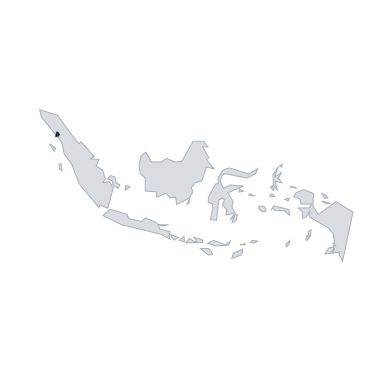 Kota Subulussalam, Aceh, Indonesia shown in context, rotated 8°
{"feature_id": "22746128B20185680371825", "entity_name": "Kota Subulussalam", "entity_type": "district", "adm_level": 2, "iso_a3": "IDN", "parent_name": "Indonesia", "parent_adm1": "Aceh", "projection": "orthographic", "projection_center": [97.94, 2.756], "detail": "fine", "context": "in_parent", "style": "filled", "palette": "slate", "viewbox_px": 384, "rotation_deg": 8, "n_neighbors": 0, "source": "geoboundaries", "source_scale": "gbopen_adm2", "svg_char_len": 4525}
<svg xmlns="http://www.w3.org/2000/svg" viewBox="0 0 384 384"><g transform="rotate(8 192 192)"><path d="M140.9,158.9L147.6,167.8L157.4,166.6L162.4,162.3L171.1,164.7L177.7,162.9L186.0,141.5L196.4,140.2L201.5,145.1L196.2,145.7L203.8,155.7L201.8,158.0L210.6,166.0L202.8,165.2L200.2,179.8L194.2,182.0L190.7,187.8L192.8,191.7L190.4,198.2L178.7,206.4L176.3,199.2L171.5,201.0L166.5,197.0L157.6,201.9L156.5,196.8L145.6,197.5L143.6,184.5L138.1,180.9L135.7,171.9L136.7,163.0L140.9,158.9ZM29.8,131.8L47.8,134.6L70.8,158.0L73.7,159.9L74.9,157.5L90.3,170.5L86.6,173.3L95.2,172.7L93.4,179.4L100.5,183.0L104.3,191.1L102.7,195.0L108.5,193.3L113.4,198.9L110.9,219.8L102.5,217.6L102.1,220.5L79.0,199.5L69.2,181.4L60.3,172.3L55.9,160.6L32.5,138.8L29.8,131.8ZM354.2,189.5L350.7,239.5L345.9,232.7L346.7,230.6L339.4,233.3L341.0,228.3L339.3,225.8L340.0,225.4L341.1,225.6L341.8,225.3L338.6,223.4L340.2,222.8L337.8,213.8L331.8,208.5L312.0,200.5L311.4,194.6L308.4,201.3L305.2,202.6L304.4,196.7L299.5,193.0L310.6,191.4L312.1,187.3L301.8,188.7L299.5,183.5L293.5,182.6L295.2,178.2L302.5,174.1L312.6,176.7L313.7,188.8L320.1,196.8L335.9,181.6L354.2,189.5ZM252.4,165.0L244.6,170.5L222.1,169.3L219.3,171.4L218.4,177.8L222.7,184.0L229.2,179.7L242.3,179.0L227.5,187.8L234.1,195.7L233.6,201.2L237.8,207.0L228.7,210.1L229.1,204.9L224.0,200.6L225.3,194.6L222.4,194.1L219.6,196.3L220.2,216.6L214.0,216.9L214.8,204.8L213.8,200.8L209.5,199.9L209.0,194.7L214.4,180.6L216.8,180.2L215.9,174.2L219.8,165.9L225.6,163.0L245.8,166.3L253.9,159.6L252.4,165.0ZM113.4,220.5L130.6,223.2L133.1,227.1L146.3,228.2L149.5,224.1L162.1,227.8L165.5,233.4L175.8,234.2L175.4,238.9L176.8,241.7L167.1,238.1L127.2,234.3L107.1,227.6L113.4,220.5ZM271.9,165.6L278.2,159.8L275.4,166.4L279.7,170.3L272.9,169.9L276.5,179.0L271.6,174.1L269.8,163.4L273.8,155.1L271.9,165.6ZM274.8,194.3L290.4,195.9L291.7,201.5L285.6,197.6L276.8,198.8L274.2,196.6L272.6,199.3L274.8,194.3ZM235.6,239.4L223.2,242.1L214.6,240.5L220.5,236.9L232.4,239.6L236.8,235.5L235.6,239.4ZM200.1,236.6L208.5,237.6L209.8,240.4L192.8,243.2L195.8,238.3L201.4,241.0L203.4,239.9L200.1,236.6ZM250.2,241.6L250.1,247.1L240.7,252.2L241.5,246.9L250.2,241.6ZM113.5,187.8L115.9,193.9L119.4,194.7L118.2,198.6L113.1,196.7L111.5,191.8L106.5,190.7L109.0,187.1L113.5,187.8ZM337.4,233.7L332.1,234.8L335.2,228.4L339.3,226.9L340.4,229.2L337.4,233.7ZM215.8,245.6L219.5,248.2L221.0,251.1L217.1,252.2L208.2,246.9L215.8,245.6ZM265.7,196.3L268.1,200.4L264.3,202.0L260.1,199.0L260.4,196.6L265.7,196.3ZM176.1,237.1L185.1,238.8L180.9,242.2L176.1,237.1ZM190.3,237.2L191.4,242.3L186.1,241.7L190.3,237.2ZM130.1,195.6L125.5,199.6L125.9,194.6L130.1,195.6ZM315.1,212.8L315.6,219.4L313.9,219.8L312.7,215.0L315.1,212.8ZM173.5,227.9L166.4,230.0L163.5,228.9L173.5,227.9ZM240.0,208.2L239.8,214.2L235.9,216.9L237.6,208.8L240.0,208.2ZM44.1,164.0L50.7,167.5L49.9,170.7L44.1,164.0ZM60.3,188.8L57.7,187.5L56.5,182.6L58.5,182.4L60.3,188.8ZM293.3,233.2L292.3,230.8L295.8,226.4L295.4,230.3L293.3,233.2ZM289.4,172.3L295.8,173.8L288.6,173.4L289.4,172.3ZM249.1,185.7L255.3,187.2L248.5,187.2L249.1,185.7ZM236.9,211.2L233.4,214.3L236.6,208.8L236.9,211.2ZM321.3,175.7L324.5,176.2L327.4,178.9L324.6,179.7L321.3,175.7ZM263.7,231.5L261.3,233.7L256.7,234.1L258.1,231.6L263.7,231.5ZM314.4,220.6L312.9,223.8L311.4,223.7L311.9,218.8L314.4,220.6ZM274.6,185.0L270.6,185.7L269.5,184.6L271.3,182.6L274.6,185.0ZM321.8,183.0L326.3,183.3L330.4,184.2L326.4,185.1L321.8,183.0ZM238.6,182.2L242.8,184.2L238.4,185.4L238.6,182.2ZM277.7,154.8L275.0,154.3L277.5,151.9L277.7,154.8ZM246.8,237.7L251.5,235.7L252.0,236.9L246.8,237.7ZM289.2,184.8L288.5,187.6L285.2,186.3L286.9,185.4L289.2,184.8ZM190.8,203.1L188.8,205.0L190.5,199.1L190.8,203.1ZM270.8,174.7L272.9,178.5L272.1,179.1L269.0,176.2L270.8,174.7Z" fill="#d9dde1" stroke="#a8b0b8" stroke-width="1"/><path d="M49.6,155.6L50.0,155.6L50.1,155.4L50.0,155.2L50.3,155.2L50.3,155.3L50.4,155.2L50.5,155.1L50.8,155.1L51.0,154.9L51.3,154.8L51.4,155.0L51.5,155.0L51.8,155.0L51.9,154.9L52.0,154.9L52.1,154.7L52.1,154.4L52.1,154.2L51.9,154.1L51.9,153.9L51.8,153.7L52.0,153.5L52.2,153.4L52.0,153.2L51.9,153.1L51.7,153.2L51.6,152.9L51.4,152.9L51.3,152.7L51.2,152.7L50.9,152.6L51.0,152.1L50.9,151.9L50.7,151.8L50.5,151.7L50.4,151.7L50.2,151.7L49.9,151.8L50.0,151.9L50.3,152.0L50.5,152.0L50.5,152.3L50.5,152.5L50.4,152.6L50.2,152.6L50.2,152.8L50.1,153.0L49.9,153.2L49.7,153.3L49.4,153.4L49.5,153.4L49.5,153.5L49.6,153.8L49.7,154.0L49.8,154.2L49.8,154.3L49.8,154.5L49.8,154.8L49.7,155.2L49.7,155.3L49.6,155.6Z" fill="#64748b" stroke="#1e293b" stroke-width="1.5"/></g></svg>